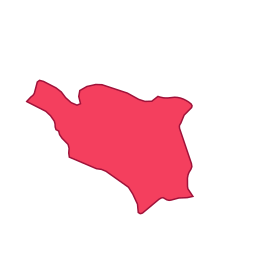 the border of El Tarf, rotated 229°
{"feature_id": "DZA-2164", "entity_name": "El Tarf", "entity_type": "Province", "adm_level": 1, "iso_a3": "DZA", "parent_name": "Algeria", "parent_adm1": "", "projection": "robinson", "projection_center": [8.131, 36.681], "detail": "fine", "context": "isolated", "style": "filled", "palette": "rose", "viewbox_px": 256, "rotation_deg": 229, "n_neighbors": 0, "source": "natural_earth", "source_scale": "10m", "svg_char_len": 1127}
<svg xmlns="http://www.w3.org/2000/svg" viewBox="0 0 256 256"><g transform="rotate(229 128 128)"><path d="M214.5,68.9L215.1,74.9L215.0,77.7L215.6,80.0L222.2,89.7L222.0,92.5L218.6,94.8L205.5,100.0L199.0,101.3L191.9,100.8L184.5,101.7L178.7,104.5L177.5,108.1L184.1,111.5L187.9,116.2L186.3,124.2L182.0,132.2L177.7,136.8L154.8,150.4L142.5,154.9L137.0,158.2L132.6,163.5L132.2,171.3L130.5,172.3L127.2,174.8L124.5,177.8L120.6,183.4L118.6,185.4L116.1,187.3L113.4,188.8L110.7,189.9L107.9,190.8L104.7,191.4L102.7,190.9L101.7,189.4L100.9,178.8L98.0,173.0L97.0,171.0L96.5,169.2L96.2,168.7L95.5,167.8L93.8,166.6L59.5,152.5L56.9,150.8L55.6,148.4L54.5,144.9L53.2,142.5L51.2,140.0L44.9,134.6L42.8,133.3L33.8,132.1L36.6,127.0L41.8,120.5L45.3,113.3L46.4,111.6L48.3,110.2L52.4,108.8L53.4,107.2L53.9,104.6L54.3,83.2L54.9,81.7L55.4,81.0L56.6,80.6L57.5,80.3L64.3,85.2L75.0,88.3L83.0,89.5L109.8,83.0L114.2,80.8L118.0,77.5L144.5,64.6L147.9,66.8L151.3,70.2L154.9,72.0L163.5,71.5L167.8,72.0L171.2,73.7L174.0,72.6L176.5,73.7L178.9,75.6L181.6,76.9L188.1,77.6L194.6,76.9L214.4,68.9L214.5,68.9Z" fill="#f43f5e" stroke="#9f1239" stroke-width="1.5"/></g></svg>